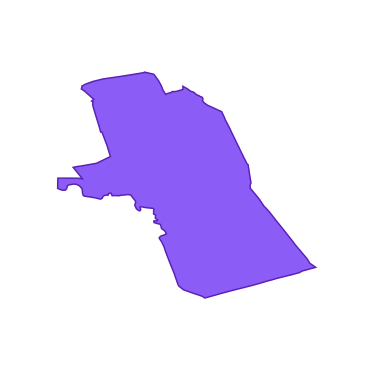 the district of Aknīste, Aknistes, Latvia, rotated 204°
{"feature_id": "27541924B22014355946126", "entity_name": "Aknīste", "entity_type": "district", "adm_level": 2, "iso_a3": "LVA", "parent_name": "Latvia", "parent_adm1": "Aknistes", "projection": "robinson", "projection_center": [25.749, 56.161], "detail": "fine", "context": "isolated", "style": "filled", "palette": "violet", "viewbox_px": 384, "rotation_deg": 204, "n_neighbors": 0, "source": "geoboundaries", "source_scale": "gbopen_adm2", "svg_char_len": 3642}
<svg xmlns="http://www.w3.org/2000/svg" viewBox="0 0 384 384"><g transform="rotate(204 192 192)"><path d="M197.4,277.4L204.3,277.5L213.2,277.6L217.5,278.5L219.6,279.9L219.7,281.1L220.7,282.5L222.1,282.8L222.5,282.5L224.2,282.7L225.4,282.9L226.8,282.6L230.0,283.5L231.1,283.9L233.0,283.6L233.9,283.6L235.2,283.6L236.7,284.1L238.4,284.4L240.3,284.6L243.3,284.8L242.4,283.1L242.1,281.9L246.1,278.5L247.5,277.4L248.8,276.6L249.8,276.3L250.7,275.7L251.4,275.0L251.9,274.0L253.1,273.2L254.4,272.1L255.1,271.3L255.7,270.4L256.0,270.6L256.7,271.0L257.5,271.7L258.5,272.3L258.9,272.5L259.8,273.2L260.0,273.4L260.3,273.6L261.1,274.5L261.5,274.9L262.7,276.0L264.0,277.2L264.6,277.7L265.6,278.3L266.1,278.7L266.2,278.8L266.7,279.2L267.1,279.5L267.7,280.0L267.9,280.1L274.6,284.0L276.1,283.8L277.6,283.5L284.1,282.2L283.9,281.8L285.4,280.9L290.4,277.6L299.7,271.5L304.3,268.5L319.1,259.2L327.6,252.6L333.3,247.1L333.8,246.4L334.3,245.7L335.6,244.1L335.2,243.4L335.3,243.1L335.0,241.1L333.7,240.9L331.3,240.5L319.4,236.7L320.4,234.9L320.7,234.2L318.8,234.0L318.8,233.0L318.6,232.1L318.0,231.0L316.1,228.6L307.0,218.1L303.5,214.1L299.8,209.6L298.5,210.0L289.5,200.9L288.8,200.2L281.0,191.2L290.9,179.4L304.7,170.1L305.7,169.6L310.6,166.2L297.5,159.5L301.2,158.5L301.4,158.4L320.2,150.1L316.2,140.6L311.4,140.8L308.4,142.2L307.8,144.1L308.4,147.1L307.0,148.6L303.4,151.1L300.6,152.0L297.4,151.9L293.7,150.2L291.4,146.2L289.8,144.5L289.2,144.5L288.3,144.5L283.5,145.9L278.0,147.3L272.9,148.2L272.2,148.7L271.4,150.0L271.5,150.7L271.5,152.0L271.2,152.4L269.8,153.9L268.6,154.5L267.8,154.6L267.3,155.2L267.6,156.3L267.3,157.0L265.5,157.9L263.4,156.1L261.2,157.3L259.1,158.2L257.8,158.5L254.9,160.5L252.3,161.9L251.0,162.7L249.7,163.5L248.3,163.9L246.8,164.4L245.1,163.4L244.7,163.2L242.2,161.9L240.1,160.8L239.4,160.0L239.4,159.5L239.1,158.1L238.8,156.5L235.9,154.0L233.1,153.3L232.2,153.6L231.9,153.7L231.7,154.0L231.8,155.2L232.7,156.3L233.4,157.0L232.3,157.9L228.0,158.9L221.2,161.1L220.4,161.1L220.2,161.1L219.9,160.6L218.2,156.3L218.1,156.2L217.8,156.2L216.5,156.1L216.1,156.1L215.7,155.8L215.5,155.3L215.0,153.3L214.0,152.8L212.7,152.8L212.3,152.6L212.1,152.5L212.0,152.4L212.1,152.0L212.3,151.5L212.4,151.4L213.7,150.7L214.1,150.6L214.6,150.4L215.0,150.2L215.0,149.7L214.9,149.6L214.8,149.4L214.7,149.3L214.5,148.9L214.3,148.7L214.1,148.6L213.1,148.8L212.6,148.8L212.2,148.9L211.5,148.9L210.6,149.1L210.0,149.2L209.6,149.2L209.2,149.4L208.9,149.5L208.3,149.5L207.8,149.4L207.5,149.2L207.1,148.9L206.7,148.5L206.4,148.1L205.5,146.8L205.3,146.6L205.0,146.4L204.6,146.2L204.3,146.1L204.0,146.0L202.2,145.7L201.8,145.6L201.5,145.4L200.7,145.2L200.0,144.7L199.6,144.4L199.1,143.9L198.9,143.8L198.4,143.3L199.8,141.6L201.7,139.9L202.3,139.4L203.4,137.2L203.0,136.3L201.1,135.1L198.9,133.7L195.0,130.3L191.5,126.4L184.6,119.5L182.9,117.8L175.3,110.5L167.2,101.8L165.5,100.6L160.4,99.3L159.8,99.2L147.5,100.2L144.9,100.5L140.3,100.9L137.1,100.4L136.8,100.7L132.5,104.2L124.1,111.2L121.3,113.5L119.5,114.9L119.3,115.1L119.0,115.4L110.5,122.1L105.9,125.7L101.6,129.1L98.8,131.3L96.5,133.2L92.1,136.9L85.5,142.5L83.9,143.7L79.7,147.3L65.2,158.7L60.8,162.3L60.6,162.7L60.4,163.0L59.4,164.4L56.4,166.9L48.4,173.5L55.3,174.8L59.9,177.9L76.5,185.9L77.4,186.5L85.5,190.8L92.9,194.7L104.0,200.4L113.8,205.6L114.4,205.8L118.3,207.5L120.6,208.4L127.9,213.0L130.3,214.2L137.8,217.9L140.1,219.0L141.7,221.7L141.8,224.3L145.7,230.2L149.1,235.5L151.9,239.8L153.5,240.3L156.2,242.6L158.2,244.2L161.3,246.8L164.8,249.7L166.7,251.4L168.7,253.0L178.9,261.6L185.0,266.8L191.2,271.7L192.5,273.1L197.2,277.1L197.4,277.4Z" fill="#8b5cf6" stroke="#5b21b6" stroke-width="1.5"/></g></svg>